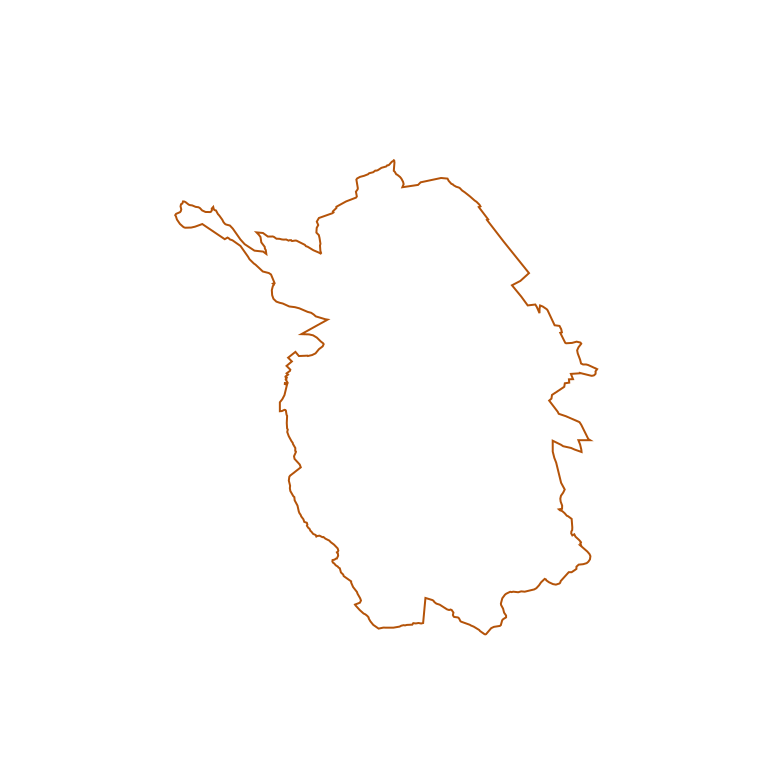 the district of Tlacotepec de Benito Juárez, Puebla, Mexico, rotated 124°
{"feature_id": "50627088B64000676175111", "entity_name": "Tlacotepec de Benito Juárez", "entity_type": "district", "adm_level": 2, "iso_a3": "MEX", "parent_name": "Mexico", "parent_adm1": "Puebla", "projection": "equal_earth", "projection_center": [-97.63, 18.634], "detail": "fine", "context": "isolated", "style": "outline", "palette": "amber", "viewbox_px": 768, "rotation_deg": 124, "n_neighbors": 0, "source": "geoboundaries", "source_scale": "gbopen_adm2", "svg_char_len": 6166}
<svg xmlns="http://www.w3.org/2000/svg" viewBox="0 0 768 768"><g transform="rotate(124 384 384)"><path d="M360.8,651.5L361.4,650.2L363.4,647.7L365.4,642.7L366.0,638.3L365.9,637.0L365.4,635.9L362.1,631.3L359.2,628.6L353.0,624.1L353.0,597.0L350.1,595.6L350.0,594.1L350.3,592.6L349.6,590.0L349.8,580.2L354.5,567.9L355.8,565.2L356.9,559.2L356.9,557.4L358.5,547.4L356.4,541.5L356.4,538.9L361.5,531.2L362.9,532.2L363.2,530.8L365.0,530.9L368.9,529.5L372.9,526.4L375.2,523.3L375.9,519.3L375.0,515.9L373.9,513.0L372.7,505.9L370.1,500.8L368.6,496.5L366.9,487.6L365.7,484.2L365.7,481.1L366.1,478.4L363.1,468.8L362.2,466.8L388.9,480.4L384.8,473.9L383.3,470.0L383.1,465.6L384.1,460.1L384.3,457.1L384.7,456.3L387.1,455.9L391.5,457.4L396.9,457.9L400.2,459.8L403.4,462.8L403.3,463.3L408.4,470.2L406.9,475.4L415.8,478.2L416.8,473.0L423.5,474.9L424.5,469.7L425.7,469.3L429.6,470.7L429.9,468.8L432.7,469.8L433.0,468.4L433.9,468.8L434.3,467.7L435.3,467.9L436.9,464.5L437.3,464.4L438.6,466.7L439.5,466.2L438.9,464.0L448.9,460.3L453.5,459.8L457.4,460.1L464.8,455.1L463.5,453.5L461.1,452.1L460.7,451.2L461.0,450.4L464.0,447.6L464.6,446.5L470.7,442.8L475.0,439.5L475.6,438.3L477.9,437.4L480.5,433.8L483.2,428.6L483.8,426.8L484.6,426.0L486.7,421.7L489.1,420.2L489.2,419.3L489.7,419.0L494.2,418.2L496.1,416.3L497.9,408.8L499.6,406.4L512.5,410.6L513.9,410.6L517.3,408.9L520.9,404.9L523.0,403.8L525.1,401.8L527.7,396.5L527.9,395.1L530.4,393.0L533.2,387.7L537.3,383.4L538.4,381.8L539.0,380.1L540.1,378.5L541.2,375.2L542.9,373.0L542.2,370.4L543.4,368.9L544.6,368.7L545.6,366.3L545.6,365.0L546.9,362.8L547.0,361.7L547.9,358.9L547.4,356.2L548.3,354.8L547.4,354.4L545.8,352.6L545.4,349.4L544.7,348.6L545.0,346.1L544.4,341.8L544.9,339.7L545.1,335.7L546.2,330.5L547.7,328.7L549.0,328.5L549.9,329.0L550.1,328.8L550.3,327.5L552.0,326.0L555.1,325.5L555.6,326.2L557.3,326.8L558.7,328.2L560.1,327.5L560.7,326.1L560.6,325.0L561.3,322.6L561.2,320.2L561.6,319.1L561.5,317.6L564.3,314.3L564.8,311.3L565.8,310.0L566.0,300.9L567.0,300.2L569.6,296.1L571.6,290.0L572.6,288.8L575.0,283.9L576.4,282.0L578.8,281.7L583.1,284.7L583.5,283.8L585.0,277.6L585.7,272.6L585.4,270.6L585.6,268.2L586.1,266.3L587.0,265.4L588.4,262.5L589.7,258.2L589.8,251.7L586.4,248.4L580.8,240.0L576.4,235.4L574.7,234.5L572.9,232.8L572.4,231.6L571.0,230.4L567.7,226.0L565.9,226.0L564.7,223.7L562.8,221.7L561.8,219.3L560.3,217.9L538.2,230.0L536.1,223.2L536.0,221.9L536.6,220.3L536.8,217.8L535.8,214.4L535.6,205.8L535.1,204.0L534.6,203.2L533.9,202.9L533.5,201.6L534.7,198.6L537.0,197.7L537.8,196.3L537.9,195.6L536.2,192.2L536.3,190.8L537.9,188.0L537.9,187.1L535.6,178.1L535.6,176.9L535.0,174.0L534.7,167.5L535.1,166.2L535.2,160.9L535.0,160.1L534.3,159.5L526.5,158.6L523.9,157.1L519.8,152.7L518.6,152.3L513.8,153.9L512.3,153.7L509.2,152.3L507.7,153.3L506.4,156.6L503.7,159.6L501.7,163.4L500.7,164.3L495.5,166.1L491.0,165.9L489.5,165.4L485.7,163.2L485.2,161.9L483.9,160.7L481.6,156.3L479.2,154.3L477.5,151.2L470.3,144.6L468.1,143.5L464.2,142.9L460.7,142.9L455.7,141.8L455.5,140.4L456.0,139.7L456.1,136.4L455.4,132.0L454.2,129.3L451.3,127.0L450.3,126.8L448.5,127.3L436.7,125.6L435.1,123.2L430.9,121.5L429.7,121.1L427.8,122.3L424.9,121.6L422.0,118.1L419.2,115.8L417.1,115.2L414.2,115.2L411.3,116.6L410.1,118.5L409.2,121.7L408.0,131.3L407.4,130.6L406.3,132.2L405.3,132.0L404.9,132.5L404.2,135.1L403.5,139.9L402.2,142.2L404.2,143.2L403.2,145.2L401.5,146.2L399.9,146.3L397.6,147.7L390.9,153.0L390.7,157.6L391.0,158.7L390.1,162.0L389.7,165.2L390.3,167.6L390.1,168.9L387.9,166.6L385.2,168.3L382.7,171.8L380.5,173.7L377.7,174.8L373.9,174.7L370.4,175.2L366.9,181.9L352.9,197.3L350.0,201.5L345.7,206.3L336.7,212.4L335.4,203.2L335.4,200.7L332.4,193.1L331.8,189.5L329.9,182.2L328.1,183.7L324.5,187.6L321.9,191.4L315.3,181.6L315.4,183.8L307.5,197.7L306.3,200.6L309.0,215.2L311.0,222.5L309.9,224.4L305.4,237.8L302.5,237.0L299.1,238.6L285.5,233.0L282.3,234.5L279.3,231.2L276.7,233.3L274.3,230.0L271.1,234.7L265.6,227.6L265.3,227.8L261.2,216.6L260.4,215.6L259.3,214.7L257.5,214.3L256.5,214.7L255.3,215.7L252.5,215.6L254.1,225.4L254.8,227.4L256.5,229.9L256.8,232.1L254.2,235.0L250.3,240.5L248.1,242.7L244.8,243.3L240.3,243.0L239.8,244.3L241.2,248.0L244.8,251.1L248.4,255.8L248.5,256.8L243.0,266.5L241.7,265.4L239.5,267.7L237.7,271.0L239.9,275.4L231.4,289.6L231.0,290.9L231.0,295.8L231.6,298.5L234.7,297.1L238.3,294.7L234.7,300.4L233.5,303.0L238.5,308.8L234.8,319.0L230.6,333.1L222.3,328.6L211.0,325.8L199.0,364.5L190.4,390.4L189.3,389.7L184.3,404.4L182.8,403.4L182.0,405.1L181.2,409.2L181.2,411.5L180.4,417.7L179.9,424.4L179.9,427.4L179.2,430.7L179.3,431.9L180.1,434.5L180.3,437.6L180.0,438.7L180.4,440.0L179.4,444.0L178.2,446.2L181.3,451.9L196.3,466.4L199.9,467.1L210.6,478.8L207.3,479.5L205.7,481.3L204.0,484.5L203.4,486.4L203.1,489.9L203.3,491.1L202.0,493.8L201.8,495.1L194.5,499.2L192.8,500.8L192.1,500.8L194.3,501.2L195.4,501.8L199.3,502.3L200.1,502.6L200.9,503.6L202.4,503.8L206.2,507.0L210.0,508.6L211.2,509.4L212.0,510.6L214.5,511.4L217.6,514.2L219.0,514.5L222.5,516.9L225.7,519.7L228.6,521.2L230.0,521.2L236.3,515.2L237.4,514.7L240.3,514.8L243.7,511.4L245.1,511.4L253.8,517.5L263.7,522.6L264.7,521.9L269.5,522.9L270.0,521.8L271.3,522.3L282.8,530.8L287.0,530.5L289.0,527.4L292.2,527.1L296.3,524.7L297.0,521.3L299.0,519.1L303.3,515.1L305.0,514.5L309.2,511.2L310.6,509.4L311.3,509.5L311.5,511.6L312.6,517.4L312.9,524.1L313.4,525.7L312.9,527.5L314.1,536.7L314.7,537.8L316.9,540.2L317.0,540.9L316.7,541.4L317.6,542.7L318.5,543.3L318.9,545.9L320.4,547.9L321.3,549.6L322.1,551.9L323.7,554.4L323.6,557.5L323.9,558.7L326.7,562.7L326.5,568.8L329.6,574.5L330.3,571.2L331.2,568.6L335.2,564.9L337.0,559.6L338.4,558.4L339.1,556.9L342.0,554.3L341.8,558.2L345.9,566.0L346.0,577.7L344.5,583.8L339.7,596.3L338.8,600.4L340.1,604.1L340.2,605.3L339.6,607.5L338.2,610.0L336.4,614.9L336.0,616.7L334.1,620.3L334.6,621.9L334.0,623.2L332.7,624.6L334.9,624.9L336.3,623.8L338.0,623.8L338.7,624.3L341.2,628.2L341.8,631.9L341.1,634.9L341.2,636.6L342.5,639.3L343.2,642.9L344.2,644.9L344.5,646.2L344.2,650.3L344.4,651.5L345.0,652.7L347.2,652.1L348.5,652.8L350.5,652.0L352.6,649.7L354.5,649.1L355.6,649.2L359.2,651.5L360.8,651.5Z" fill="none" stroke="#b45309" stroke-width="2"/></g></svg>